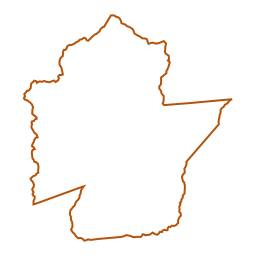 Serrita, Pernambuco, Brazil (Robinson projection)
{"feature_id": "56859067B3572424117250", "entity_name": "Serrita", "entity_type": "district", "adm_level": 2, "iso_a3": "BRA", "parent_name": "Brazil", "parent_adm1": "Pernambuco", "projection": "robinson", "projection_center": [-39.404, -7.835], "detail": "fine", "context": "isolated", "style": "outline", "palette": "amber", "viewbox_px": 256, "rotation_deg": 0, "n_neighbors": 0, "source": "geoboundaries", "source_scale": "gbopen_adm2", "svg_char_len": 3716}
<svg xmlns="http://www.w3.org/2000/svg" viewBox="0 0 256 256"><path d="M110.9,15.4L104.1,26.8L102.7,27.1L100.4,29.2L99.8,30.7L98.9,31.9L97.6,32.8L96.6,33.9L94.6,34.6L93.3,35.8L91.9,37.0L90.8,38.3L89.6,39.3L88.3,40.7L86.8,40.4L85.7,38.5L84.3,37.7L83.1,38.4L81.6,39.3L79.6,39.8L78.4,41.3L77.2,41.8L75.3,42.9L73.8,43.9L72.6,44.5L71.3,45.0L69.6,44.9L68.4,45.5L67.2,46.4L66.7,48.2L65.5,49.9L63.9,49.9L63.1,51.7L63.0,53.5L62.8,56.0L61.5,57.1L60.6,58.1L59.8,59.8L59.5,62.0L59.5,64.5L60.4,66.2L61.5,67.6L61.8,69.9L62.5,72.4L62.8,74.6L61.1,75.1L59.5,75.0L58.2,76.4L58.9,78.2L58.1,80.3L56.7,81.3L55.5,82.0L54.2,80.6L52.8,80.8L51.3,81.5L49.5,82.3L47.9,82.0L46.4,81.8L44.5,81.0L42.5,81.6L41.2,81.7L39.9,81.4L38.0,82.1L36.8,82.8L36.4,81.3L34.1,80.7L32.8,82.3L31.4,83.3L30.9,85.3L30.7,88.0L28.9,90.5L27.0,90.7L25.8,92.6L24.3,94.0L25.0,96.3L23.9,98.1L24.6,99.4L27.4,100.5L30.0,102.4L31.8,104.2L33.1,107.4L32.3,109.9L32.4,111.7L32.2,113.7L33.6,115.0L36.6,117.4L36.6,118.8L35.3,119.1L34.0,120.9L31.8,121.5L31.6,123.2L32.1,124.5L31.5,125.8L31.5,127.6L33.6,131.3L34.4,132.8L36.6,134.4L37.1,135.9L37.6,137.3L35.9,137.7L34.3,139.8L33.8,141.9L32.9,143.3L32.3,144.6L32.0,146.3L33.4,147.0L34.7,149.1L33.5,149.4L32.2,150.6L31.8,152.6L32.1,155.0L32.5,158.5L33.6,159.6L34.4,161.8L35.8,162.1L37.7,163.5L38.5,166.4L38.4,168.2L38.2,170.2L38.2,172.8L36.8,173.4L35.5,175.4L33.3,176.1L32.2,177.1L30.5,178.6L31.5,180.5L33.0,182.2L34.0,184.8L33.7,186.8L32.6,188.3L32.2,189.8L33.6,192.2L32.5,194.2L33.3,195.5L34.7,196.6L34.6,198.7L33.6,200.6L33.5,204.4L38.0,202.9L53.3,197.3L80.6,187.4L83.7,186.4L82.5,188.0L81.7,189.1L80.9,191.0L80.6,193.6L79.7,195.3L79.4,197.8L78.1,199.8L76.8,200.9L75.6,202.8L74.4,206.0L73.0,207.0L72.0,208.5L70.8,209.7L70.2,211.2L69.8,214.2L70.9,216.8L70.9,219.4L72.2,222.5L72.4,224.1L72.5,226.6L71.7,228.3L71.1,229.7L72.6,232.2L74.6,234.0L76.0,236.3L78.4,238.3L80.0,237.9L81.3,238.2L82.7,238.9L84.2,240.6L85.8,240.4L88.0,239.4L90.6,239.9L95.7,239.3L97.6,239.0L121.5,236.9L123.1,236.4L124.9,235.8L126.3,235.1L127.8,235.4L129.1,235.6L130.9,236.1L132.8,237.0L134.7,237.2L137.0,236.8L139.0,236.8L140.4,237.0L141.8,236.0L142.7,234.3L144.1,234.4L145.3,235.3L146.7,235.0L148.4,234.9L150.1,234.5L151.4,233.4L152.7,232.6L155.2,234.2L157.3,234.7L159.0,233.3L159.8,231.8L162.0,232.0L162.5,230.6L164.6,229.8L166.1,230.3L167.5,230.2L167.8,228.1L168.8,226.8L170.2,227.0L171.7,225.7L174.3,225.9L176.1,225.1L177.0,224.1L178.2,223.0L178.1,220.4L178.8,218.4L179.8,216.7L180.9,215.6L180.6,213.2L179.2,211.6L179.6,209.5L179.3,206.7L180.5,204.2L179.8,202.8L181.2,201.6L181.4,199.5L182.7,197.9L182.8,195.6L184.6,193.4L184.6,191.4L184.8,188.8L184.9,185.5L184.4,183.8L184.2,182.3L182.9,181.3L182.6,179.5L181.9,177.5L182.4,175.4L184.8,172.5L184.4,168.5L185.4,167.1L186.2,165.2L186.6,163.5L186.3,161.9L218.8,124.3L218.6,121.3L218.8,119.6L219.4,117.7L219.5,116.0L220.7,112.1L220.5,110.1L221.6,108.3L223.8,106.7L224.8,104.8L227.5,103.3L228.3,102.0L230.2,100.1L232.1,99.2L210.3,101.2L208.1,101.4L190.7,103.0L164.0,105.1L162.7,103.5L163.5,101.4L163.7,98.3L163.7,96.0L162.6,94.8L161.4,93.0L161.2,91.4L160.3,89.8L159.4,88.8L159.2,86.5L160.4,85.0L161.1,83.8L161.0,82.0L161.2,80.2L161.0,78.8L161.3,77.1L162.8,76.3L164.2,74.8L165.4,74.1L166.4,73.2L166.3,71.4L167.3,69.6L168.5,66.8L169.1,64.7L169.8,62.3L167.9,60.4L169.0,59.7L168.9,58.1L168.7,55.7L166.8,54.4L165.5,53.4L164.8,51.4L165.3,49.4L165.2,47.4L166.1,43.6L163.8,41.1L158.2,43.3L156.1,43.6L152.7,42.7L150.8,43.0L148.6,43.9L147.6,41.8L147.3,40.3L146.4,38.8L144.9,38.5L142.0,38.3L140.6,36.9L136.8,35.0L134.5,33.5L132.9,29.3L129.4,26.9L127.2,26.3L125.4,24.6L123.7,24.0L121.5,23.2L120.8,20.6L119.7,18.5L118.0,17.2L116.0,16.8L115.0,15.9L113.7,15.4L110.9,15.4Z" fill="none" stroke="#b45309" stroke-width="2"/></svg>